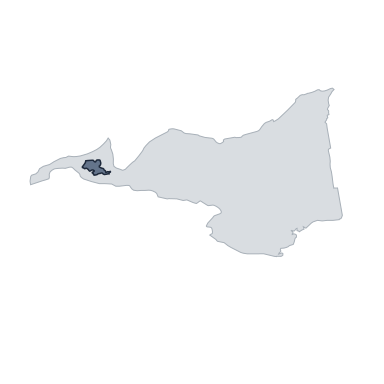 Diamare, Extrême-Nord, Cameroon shown in context, rotated 260°
{"feature_id": "32672807B30054475581978", "entity_name": "Diamare", "entity_type": "district", "adm_level": 2, "iso_a3": "CMR", "parent_name": "Cameroon", "parent_adm1": "Extrême-Nord", "projection": "equal_earth", "projection_center": [14.242, 10.617], "detail": "fine", "context": "in_parent", "style": "filled", "palette": "slate", "viewbox_px": 384, "rotation_deg": 260, "n_neighbors": 0, "source": "geoboundaries", "source_scale": "gbopen_adm2", "svg_char_len": 5034}
<svg xmlns="http://www.w3.org/2000/svg" viewBox="0 0 384 384"><g transform="rotate(260 192 192)"><path d="M113.7,264.1L114.3,262.0L118.7,251.9L121.5,235.7L122.8,231.9L124.1,229.4L130.6,220.8L133.0,218.0L136.5,214.9L139.0,208.6L139.9,207.9L141.0,207.4L146.5,202.0L147.0,203.0L147.4,204.3L147.8,204.9L149.6,205.3L152.1,205.3L153.5,204.9L154.2,203.8L155.0,200.9L155.5,200.3L156.0,200.2L158.7,202.2L163.2,208.1L164.3,209.1L164.8,210.3L165.7,215.6L166.3,216.9L167.2,217.5L169.0,217.1L170.8,216.2L172.4,214.8L173.9,213.1L175.0,211.5L175.5,210.3L175.7,205.9L176.1,205.0L181.8,198.7L181.7,198.1L180.8,196.3L179.9,194.4L180.8,192.4L181.7,190.8L185.1,185.6L185.2,181.8L187.9,175.8L189.5,168.0L189.5,166.4L193.1,157.8L196.7,157.0L198.2,155.8L199.8,153.6L200.8,151.6L201.3,149.7L201.7,146.1L202.4,141.9L202.8,138.2L203.9,134.8L205.7,133.1L208.9,131.7L209.4,131.0L209.9,128.8L210.3,121.3L210.9,118.0L213.8,114.3L215.2,108.4L216.3,102.3L219.7,94.9L223.6,87.6L225.5,85.6L227.0,84.7L228.8,84.6L230.0,84.1L234.2,80.4L236.0,79.2L237.3,77.9L237.6,76.8L237.7,75.2L237.3,71.4L238.0,68.6L238.5,64.3L238.7,61.0L238.5,59.8L237.7,57.8L236.4,55.7L234.3,54.5L231.4,54.1L229.9,53.4L229.3,49.5L229.1,47.1L227.2,34.3L230.8,34.4L235.3,35.9L236.4,37.0L237.0,41.4L238.6,43.9L241.4,45.9L243.1,50.1L243.8,56.5L245.4,60.4L245.7,61.0L247.9,68.2L248.1,71.5L247.9,73.8L248.8,76.6L247.4,81.3L247.0,84.2L246.9,88.3L247.7,95.5L249.0,101.1L250.4,105.6L252.0,109.1L254.5,113.0L257.2,116.6L259.7,118.8L257.4,120.1L252.9,120.3L250.3,119.5L249.0,119.5L247.8,119.9L243.0,120.6L238.1,120.3L233.6,119.4L230.8,119.6L228.7,121.7L227.0,124.9L225.4,127.5L225.9,130.3L227.1,131.9L229.5,135.4L231.6,138.7L232.6,141.0L236.8,145.9L240.9,150.3L242.8,151.8L243.5,152.2L245.7,154.7L248.7,158.8L251.5,165.3L255.5,178.3L256.3,179.4L257.7,180.1L257.8,181.5L257.7,183.5L257.3,185.2L254.2,192.0L251.4,194.6L250.6,196.2L249.6,200.2L247.1,207.9L246.0,209.0L243.5,214.2L241.5,220.9L241.0,221.9L240.2,222.7L237.3,224.3L236.3,225.1L234.9,227.2L234.7,228.5L235.4,230.4L236.2,231.9L237.7,231.9L238.5,233.4L238.5,243.6L237.8,245.2L237.8,245.8L237.5,247.6L237.4,249.6L237.6,250.4L238.2,251.0L239.0,252.4L239.4,255.5L240.4,266.6L240.9,268.4L241.7,269.6L244.2,272.0L246.9,275.2L247.7,277.2L248.2,280.6L249.2,283.2L249.2,284.1L248.8,284.4L247.1,284.7L247.7,286.6L249.1,289.9L255.9,300.2L262.4,309.3L263.9,310.0L265.1,310.2L265.6,310.8L266.2,312.1L268.4,315.4L268.7,317.4L268.3,319.2L268.8,322.0L269.1,323.1L269.0,324.0L269.3,327.5L269.9,330.6L270.8,333.2L270.7,335.0L269.4,336.0L268.7,337.7L268.5,340.1L268.9,342.9L269.8,346.3L269.9,348.3L268.3,349.7L266.5,347.3L264.6,345.8L261.7,343.0L258.8,342.0L255.0,341.9L253.4,342.2L250.6,340.0L249.7,339.7L248.5,340.6L247.6,340.6L246.6,340.3L244.4,340.3L244.2,338.7L243.8,338.4L241.5,338.6L240.8,337.3L240.5,337.4L239.6,337.0L237.7,335.1L235.8,336.4L231.7,336.2L211.2,336.2L210.7,334.4L209.7,333.5L207.9,333.5L202.4,333.8L198.3,333.5L195.5,332.8L192.0,332.4L187.7,332.8L183.3,332.7L175.4,332.3L171.1,332.3L171.2,333.4L170.9,334.2L170.7,336.0L142.9,336.0L140.6,334.7L139.9,333.9L139.7,332.4L139.2,332.2L139.6,325.7L140.6,320.2L140.9,315.2L142.3,310.7L141.6,306.2L140.8,304.3L136.6,297.9L138.5,295.6L136.0,295.9L135.4,293.5L134.2,290.7L135.0,290.3L135.7,288.7L138.0,289.2L137.9,288.4L135.9,286.1L136.1,284.9L136.9,283.5L136.6,283.0L135.1,284.4L134.1,284.3L133.3,283.4L132.7,283.3L133.1,285.1L132.3,286.7L131.5,287.3L130.2,287.2L129.2,286.8L128.9,285.9L127.9,285.2L125.1,284.0L122.8,282.6L122.3,278.7L121.4,277.1L121.0,275.2L120.8,273.0L121.1,269.7L120.5,269.2L119.8,269.0L118.8,269.2L117.9,269.0L116.8,267.2L115.8,266.5L116.4,269.8L115.7,270.8L114.0,270.5L113.3,269.2L113.2,268.3L114.0,264.2L113.7,264.1Z" fill="#d9dde1" stroke="#a8b0b8" stroke-width="1"/><path d="M224.3,113.5L224.7,113.5L225.1,113.7L225.4,114.1L225.8,115.1L226.0,115.2L226.2,115.3L226.4,115.5L226.5,115.7L226.4,114.8L226.4,113.2L226.7,112.3L226.3,111.3L226.4,110.8L226.4,110.5L226.8,110.4L227.5,110.5L228.2,110.2L228.5,109.7L229.0,109.3L230.1,109.0L230.7,108.4L230.8,108.1L231.1,107.3L231.8,106.3L232.7,105.1L233.7,105.2L234.4,106.4L235.5,107.0L236.7,107.2L238.5,107.0L239.2,106.9L239.6,106.4L239.9,105.0L240.0,103.9L239.3,102.9L238.6,102.5L238.4,101.9L238.8,101.2L239.9,100.5L240.3,100.3L240.6,99.3L241.1,94.5L241.2,92.8L239.5,92.1L237.9,90.6L236.5,89.1L235.7,88.3L235.0,88.4L234.8,89.1L234.5,89.3L234.3,89.6L234.0,89.9L233.7,90.1L233.6,90.3L233.6,90.6L233.6,90.9L233.8,91.6L233.8,91.9L233.6,92.3L233.3,92.7L232.8,93.2L232.5,93.4L232.2,93.8L231.8,93.9L231.3,94.1L230.6,94.6L230.3,94.9L230.3,95.3L230.5,95.7L230.7,96.2L230.9,96.8L231.0,97.3L231.0,97.9L230.7,98.6L230.4,98.7L230.3,99.0L230.1,99.3L229.4,99.2L229.1,98.7L228.9,97.8L228.7,97.3L228.4,97.1L228.1,97.1L227.9,97.3L227.7,97.7L227.5,97.9L227.2,98.0L226.8,98.0L226.6,98.0L226.2,98.4L225.6,98.5L225.5,99.3L225.5,99.9L225.6,101.5L226.2,102.7L226.3,103.7L226.2,104.8L226.4,105.5L226.4,106.5L226.1,107.1L225.4,107.4L225.1,107.8L224.6,108.4L224.4,108.9L224.4,111.2L224.4,112.8L224.3,113.5Z" fill="#64748b" stroke="#1e293b" stroke-width="1.5"/></g></svg>